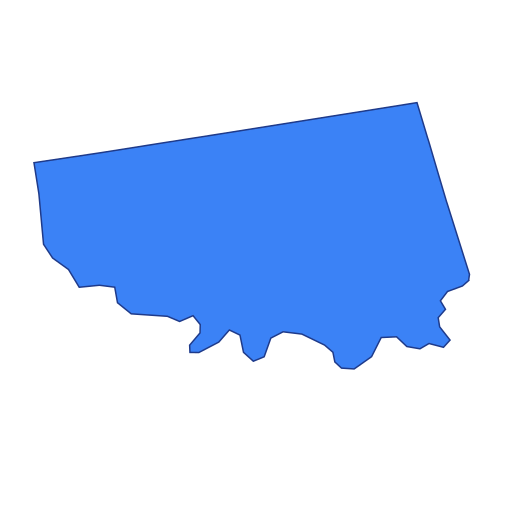 the district of Sequoyah, Oklahoma, United States of America, rotated 351°
{"feature_id": "52423323B29352809439371", "entity_name": "Sequoyah", "entity_type": "district", "adm_level": 2, "iso_a3": "USA", "parent_name": "United States of America", "parent_adm1": "Oklahoma", "projection": "albers", "projection_center": [-94.709, 35.465], "detail": "fine", "context": "isolated", "style": "filled", "palette": "blue", "viewbox_px": 512, "rotation_deg": 351, "n_neighbors": 0, "source": "geoboundaries", "source_scale": "gbopen_adm2", "svg_char_len": 932}
<svg xmlns="http://www.w3.org/2000/svg" viewBox="0 0 512 512"><g transform="rotate(351 256 256)"><path d="M462.5,313.3L462.4,312.6L463.4,309.4L463.9,307.9L464.0,307.6L460.3,282.9L452.9,233.3L452.8,233.0L448.6,201.2L444.6,170.4L444.1,167.1L443.9,165.9L443.4,162.1L439.0,129.7L240.8,129.8L175.7,129.7L119.2,129.7L51.3,129.1L51.3,160.5L48.0,211.2L54.8,226.2L68.7,240.0L76.5,259.2L96.8,260.4L111.6,264.7L111.9,280.5L123.7,293.6L159.1,301.7L170.3,308.7L184.5,305.1L190.2,315.0L188.7,323.2L176.5,333.7L175.7,340.9L184.4,342.4L205.8,335.2L218.1,324.9L227.8,331.6L228.6,349.2L236.9,359.5L248.3,356.8L257.8,339.4L270.9,335.1L289.1,340.3L309.8,354.7L316.9,363.1L317.3,373.0L322.9,380.1L335.3,382.9L354.4,373.5L366.9,356.1L382.2,357.8L390.8,369.0L403.4,373.3L413.2,369.5L426.9,375.5L434.5,369.4L426.3,354.7L426.3,345.4L434.8,338.3L431.1,329.1L439.6,321.0L455.2,317.9L462.5,313.3Z" fill="#3b82f6" stroke="#1e3a8a" stroke-width="1.5"/></g></svg>